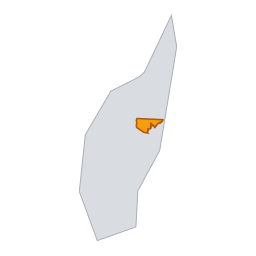 Ngermechau, Melekeok, Palau (highlighted)
{"feature_id": "81905179B2949458195189", "entity_name": "Ngermechau", "entity_type": "district", "adm_level": 2, "iso_a3": "PLW", "parent_name": "Palau", "parent_adm1": "Melekeok", "projection": "albers", "projection_center": [134.622, 7.54], "detail": "fine", "context": "in_parent", "style": "filled", "palette": "amber", "viewbox_px": 256, "rotation_deg": 0, "n_neighbors": 0, "source": "geoboundaries", "source_scale": "gbopen_adm2", "svg_char_len": 2490}
<svg xmlns="http://www.w3.org/2000/svg" viewBox="0 0 256 256"><path d="M135.9,226.9L97.3,240.6L79.3,191.6L85.3,134.8L110.9,91.1L138.7,77.1L144.4,72.1L171.4,15.4L176.7,46.7L159.7,150.5L137.8,190.9L135.9,226.9Z" fill="#d9dde1" stroke="#a8b0b8" stroke-width="1"/><path d="M147.6,133.0L147.5,132.9L147.5,132.7L147.4,132.7L147.5,132.5L147.4,132.5L147.4,132.4L147.5,132.4L147.5,132.2L147.6,131.9L147.6,131.7L147.7,131.3L147.8,131.1L147.9,130.9L147.9,130.7L148.0,130.7L148.3,130.4L148.4,130.2L148.5,130.1L148.5,129.9L148.5,129.7L148.4,129.5L148.4,129.4L148.1,129.3L147.9,129.3L147.7,129.3L147.7,129.2L147.8,129.2L148.0,129.2L148.3,129.2L148.5,129.1L148.8,128.9L148.9,129.0L149.0,129.0L149.3,129.0L149.4,128.9L149.6,128.9L149.8,128.8L150.0,128.8L150.3,128.8L150.5,128.7L150.7,128.4L150.8,128.2L150.7,128.2L150.7,127.9L150.8,127.9L151.0,127.9L151.0,127.7L151.0,127.4L151.0,127.2L150.9,127.0L150.9,126.9L150.9,126.7L151.0,126.4L150.9,126.4L151.0,126.3L150.9,126.3L150.9,126.2L150.8,125.9L150.8,125.7L150.9,125.8L150.9,126.0L151.0,126.0L151.3,126.0L151.4,125.9L151.3,125.7L151.2,125.5L151.1,125.4L150.9,125.3L150.9,125.1L150.9,124.9L151.0,124.7L150.9,124.5L150.9,124.4L150.8,124.2L150.7,124.1L150.6,123.9L150.6,123.7L150.7,123.3L150.7,123.2L150.9,123.2L151.0,123.3L151.2,123.5L151.3,123.6L151.4,123.8L151.5,123.9L151.5,124.0L151.8,124.2L151.7,124.2L151.7,124.3L151.6,124.5L151.5,124.8L151.8,124.9L151.8,124.7L151.9,124.8L152.0,124.8L152.3,124.9L152.5,125.0L152.8,125.2L152.9,125.3L153.0,125.3L153.2,125.5L153.2,125.8L153.2,126.0L153.3,126.0L153.5,126.2L153.8,126.2L153.8,126.3L153.9,126.5L154.0,126.6L154.3,126.8L154.5,127.0L154.8,127.1L154.7,127.5L154.9,127.5L155.0,127.2L155.1,126.9L155.2,126.7L155.3,126.6L155.5,126.5L155.8,126.5L155.9,126.4L155.7,126.2L155.9,125.8L156.1,125.7L156.4,125.3L156.5,125.1L156.8,124.9L157.1,124.6L157.3,124.5L157.4,124.4L157.5,124.3L157.6,124.2L157.8,124.0L158.0,123.8L158.2,123.7L158.3,123.6L158.5,123.4L158.7,123.2L158.8,123.0L159.0,122.9L159.3,122.7L159.5,122.6L159.5,122.9L159.7,123.0L159.8,123.1L160.0,123.1L160.3,123.0L160.3,122.9L160.5,122.9L160.6,122.7L160.8,122.5L161.0,122.5L161.1,122.4L161.3,122.2L161.6,121.9L161.7,121.7L161.8,121.6L161.9,121.4L162.0,121.4L162.2,121.2L162.3,121.2L162.4,120.8L162.5,120.7L162.6,120.4L162.7,120.2L162.8,120.1L163.0,119.8L163.0,119.7L137.0,118.5L136.8,118.9L136.3,120.2L136.5,120.9L136.7,124.1L136.3,124.6L136.5,125.8L136.3,126.8L137.2,127.9L143.9,132.4L147.6,133.0Z" fill="#f59e0b" stroke="#b45309" stroke-width="1.5"/></svg>